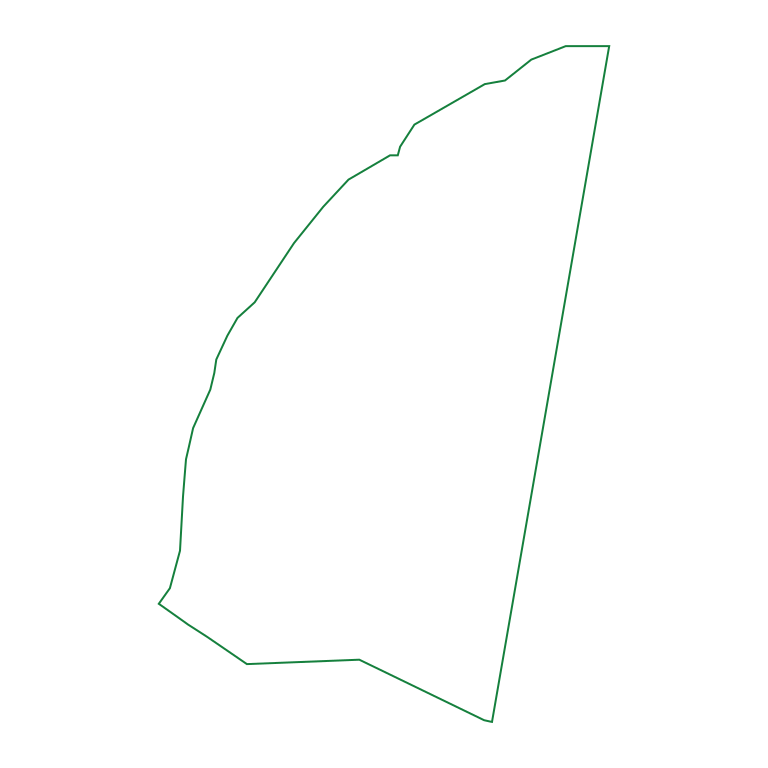 outline of Ruby Estate, Soufrière, Saint Lucia
{"feature_id": "8701671B78745731328632", "entity_name": "Ruby Estate", "entity_type": "district", "adm_level": 2, "iso_a3": "LCA", "parent_name": "Saint Lucia", "parent_adm1": "Soufrière", "projection": "orthographic", "projection_center": [-61.05, 13.858], "detail": "fine", "context": "isolated", "style": "outline", "palette": "green", "viewbox_px": 768, "rotation_deg": 0, "n_neighbors": 0, "source": "geoboundaries", "source_scale": "gbopen_adm2", "svg_char_len": 566}
<svg xmlns="http://www.w3.org/2000/svg" viewBox="0 0 768 768"><path d="M246.9,664.1L331.4,660.8L359.3,659.7L484.1,720.2L490.4,721.6L492.0,721.9L609.2,46.1L565.8,46.1L531.3,59.6L505.0,80.5L484.8,84.1L414.4,124.6L400.1,146.7L397.8,155.3L390.1,155.3L348.5,179.6L323.3,206.7L294.0,243.1L254.7,302.3L237.5,317.9L227.4,335.6L216.3,359.5L215.3,366.2L214.3,373.0L210.3,389.6L193.1,428.1L188.8,447.2L186.0,459.3L184.7,475.3L183.0,496.7L180.0,550.7L169.9,588.2L158.8,603.8L180.7,619.3L188.1,624.6L206.9,636.7L246.9,664.1Z" fill="none" stroke="#15803d" stroke-width="2"/></svg>